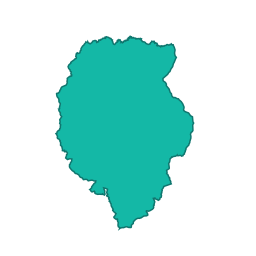 the district of Retiro, Antioquia, Colombia, rotated 161°
{"feature_id": "7082276B46774973153529", "entity_name": "Retiro", "entity_type": "district", "adm_level": 2, "iso_a3": "COL", "parent_name": "Colombia", "parent_adm1": "Antioquia", "projection": "orthographic", "projection_center": [-75.514, 6.06], "detail": "fine", "context": "isolated", "style": "filled", "palette": "teal", "viewbox_px": 256, "rotation_deg": 161, "n_neighbors": 0, "source": "geoboundaries", "source_scale": "gbopen_adm2", "svg_char_len": 5830}
<svg xmlns="http://www.w3.org/2000/svg" viewBox="0 0 256 256"><g transform="rotate(161 128 128)"><path d="M87.3,208.8L88.0,208.3L89.2,209.3L90.4,209.3L90.8,209.8L91.5,209.6L92.0,210.8L93.2,211.1L93.5,211.8L95.0,211.7L95.3,212.1L95.0,213.1L95.6,213.3L96.1,214.0L96.8,213.6L97.0,212.4L97.6,212.3L98.1,213.2L98.8,212.8L99.0,212.1L99.7,212.1L99.7,211.8L99.2,211.2L99.4,211.0L100.8,211.4L101.7,211.0L101.8,211.7L102.1,211.8L103.5,211.2L104.0,211.4L104.5,210.6L104.8,210.8L105.6,210.4L106.1,211.2L106.7,211.2L106.1,211.8L107.0,212.8L106.8,213.9L107.5,214.0L107.8,214.5L108.6,213.9L108.9,214.4L109.6,214.2L109.8,213.9L109.3,213.3L109.5,213.0L110.5,212.6L111.0,212.8L113.4,211.3L114.4,212.1L114.5,214.3L114.3,215.0L114.6,215.7L114.2,216.3L114.6,216.4L115.0,218.2L115.3,218.5L115.9,218.5L116.7,219.8L117.7,220.6L118.5,220.9L118.7,221.3L120.1,221.3L119.9,220.6L120.1,220.1L121.1,220.6L121.7,220.6L122.3,221.1L123.5,220.5L124.8,220.6L125.3,219.9L126.7,220.7L127.3,220.4L127.7,219.2L129.5,219.1L129.3,219.6L129.7,219.7L129.7,220.8L130.6,221.5L133.0,221.6L134.3,220.5L136.5,219.9L137.0,220.8L137.9,221.3L138.0,222.7L138.3,222.3L138.6,222.4L139.5,222.6L139.8,223.0L140.0,222.6L142.3,221.3L142.8,220.7L144.2,220.3L146.2,218.7L146.8,218.0L146.9,217.0L147.9,216.6L149.0,214.8L149.9,214.6L151.0,214.9L151.4,215.6L152.5,215.3L152.4,214.7L153.2,214.3L153.3,213.8L154.1,212.7L153.8,211.6L154.2,210.8L154.9,210.5L155.7,210.6L156.7,210.0L160.3,208.9L160.8,208.6L160.8,208.0L163.4,206.9L164.4,205.8L164.7,205.5L164.7,203.5L163.9,202.0L164.1,200.6L163.4,199.5L164.4,197.8L163.9,196.7L164.3,195.6L165.2,195.5L165.6,195.9L165.8,195.6L167.3,195.5L169.3,194.7L169.5,193.7L170.5,191.9L170.4,191.5L171.0,190.1L172.5,188.7L177.0,188.4L178.3,187.6L179.3,186.2L180.0,185.9L181.1,184.4L182.7,183.6L183.7,184.0L184.4,183.7L184.8,181.3L184.7,180.2L184.0,178.5L184.2,176.6L184.6,176.0L184.6,174.3L184.1,173.6L184.1,172.9L186.2,169.6L186.2,168.9L186.6,168.5L187.4,168.5L187.2,167.9L187.7,166.9L187.0,164.2L187.6,163.3L187.6,161.9L187.0,160.3L189.8,158.1L190.2,155.8L191.1,154.6L190.6,152.8L191.1,152.4L192.0,150.0L192.8,149.5L193.5,148.4L194.7,148.3L196.2,147.5L197.1,146.0L197.5,146.2L197.9,146.2L197.3,143.3L198.0,142.0L198.0,141.0L197.1,140.3L196.3,138.1L196.7,137.4L196.4,136.2L197.4,133.7L196.6,132.1L197.0,128.7L197.4,128.0L196.8,127.6L195.5,127.6L195.8,126.9L195.7,126.2L195.2,126.0L194.9,126.4L194.2,126.3L193.4,124.2L194.0,123.0L194.3,122.8L194.7,122.9L195.0,122.1L196.7,120.0L195.5,117.9L193.2,117.9L191.2,117.0L192.1,115.0L193.9,113.6L194.5,112.6L195.2,112.4L196.0,110.3L195.7,108.6L194.7,106.1L194.4,105.5L193.3,104.5L193.1,103.2L192.5,102.1L191.4,101.5L189.8,99.7L189.4,97.5L188.8,96.7L187.5,95.7L187.0,93.7L184.5,93.2L183.4,92.5L182.8,91.0L179.6,90.6L178.5,90.1L177.2,88.9L175.7,88.5L176.4,87.1L178.2,86.5L181.5,84.2L181.9,83.2L184.2,82.2L183.8,81.8L183.5,80.1L183.1,79.5L182.5,79.2L180.4,79.2L180.2,78.5L180.5,77.1L180.0,76.4L178.2,75.1L176.8,74.8L173.9,73.6L173.5,74.0L172.2,72.3L171.2,73.0L171.1,74.8L170.4,75.9L170.7,77.8L170.3,78.3L170.4,79.2L168.3,77.8L167.3,76.7L169.2,73.8L169.2,73.4L168.8,72.3L168.8,71.7L169.8,71.4L170.2,70.9L169.9,70.1L169.3,70.0L168.6,68.2L169.3,67.5L169.0,65.6L169.6,64.8L169.0,64.3L169.1,63.0L168.7,62.0L169.2,59.8L168.5,55.9L169.2,55.4L169.3,55.1L168.9,54.7L169.0,54.3L168.5,53.1L167.8,52.3L167.7,51.4L167.2,51.0L168.9,49.3L170.4,48.4L170.3,47.5L169.4,46.1L169.0,45.6L167.8,45.5L167.6,45.1L168.2,43.8L168.0,41.8L169.1,39.4L169.3,37.8L168.1,36.3L168.7,35.6L167.8,35.9L166.0,35.7L164.5,35.2L162.1,35.3L160.7,34.7L160.4,34.2L159.6,33.7L159.0,33.7L158.6,33.2L157.4,33.0L156.6,34.3L156.5,35.0L155.2,35.7L154.2,35.9L153.4,37.6L152.9,38.0L152.0,38.2L151.3,38.8L149.4,39.4L147.9,39.4L146.3,38.8L145.0,39.0L144.9,38.8L141.7,39.6L138.8,38.9L138.5,39.2L137.7,39.2L137.5,39.6L137.4,41.3L137.8,42.2L137.8,43.5L137.4,43.7L135.8,42.7L134.6,42.6L131.4,43.2L130.1,43.9L129.6,44.5L129.5,45.2L128.9,46.6L128.3,46.6L128.2,47.4L126.7,49.5L126.9,52.3L126.7,52.3L126.9,53.2L125.3,53.0L125.1,52.1L124.5,51.3L123.5,50.9L123.0,49.8L121.3,50.1L120.7,51.3L119.1,51.8L118.3,53.3L118.5,54.2L118.0,54.6L117.8,55.5L117.1,55.7L117.0,56.5L116.0,57.7L116.0,58.6L113.8,60.2L113.3,61.1L105.3,61.1L105.4,62.8L105.0,63.4L105.1,64.6L105.5,65.4L105.1,66.2L105.3,66.7L104.9,67.1L104.9,67.7L105.4,68.3L105.5,71.1L106.3,72.3L105.5,73.3L105.3,75.4L102.3,76.2L101.9,77.1L101.1,81.2L99.7,82.4L98.1,85.3L97.1,85.6L96.0,86.4L95.6,86.0L94.5,86.3L92.3,85.9L90.7,86.1L90.3,86.4L90.3,85.9L89.9,85.5L87.8,85.2L87.0,84.9L86.6,84.0L85.1,83.9L84.2,84.9L83.2,85.0L82.8,85.9L81.5,87.1L81.1,88.1L80.3,88.6L80.2,89.4L79.1,90.5L75.9,92.2L75.6,93.0L74.4,94.0L74.0,95.0L71.9,97.9L71.2,99.8L71.0,101.7L69.8,103.2L68.3,103.7L67.4,104.6L65.8,109.9L64.3,111.3L64.6,112.7L63.4,117.6L64.9,119.3L65.8,122.5L68.6,124.8L69.6,126.4L69.5,127.2L68.4,129.0L68.2,129.8L68.4,133.1L69.1,135.6L70.4,137.8L70.8,139.2L71.7,139.5L73.7,141.6L75.0,141.8L75.9,143.3L76.1,144.5L75.8,146.3L76.5,147.9L76.5,151.6L78.0,155.5L77.4,157.1L77.7,157.9L77.7,158.8L79.0,160.5L79.4,161.4L78.8,163.5L73.1,165.8L71.3,167.3L70.0,167.7L68.3,169.7L65.8,171.5L64.1,174.1L62.9,175.1L60.6,177.8L59.3,179.0L60.0,181.1L59.6,183.7L58.1,186.5L58.0,189.2L58.3,191.4L58.2,191.8L58.6,191.8L58.6,192.1L59.4,192.5L59.6,193.3L60.0,193.0L60.7,193.4L61.1,193.0L62.7,193.2L63.3,193.9L64.2,194.2L65.1,193.7L66.3,194.0L67.3,193.6L67.8,194.1L68.7,193.9L68.9,194.4L69.6,194.3L69.8,194.9L70.5,194.9L70.7,194.5L70.8,194.8L71.5,195.0L72.1,196.0L73.6,196.1L73.9,196.5L73.1,197.0L73.0,197.6L73.2,197.8L73.0,198.5L73.7,198.9L74.0,199.5L75.1,199.4L75.0,200.4L75.3,200.5L75.0,201.4L75.2,201.6L75.9,201.4L77.3,202.3L77.8,201.6L78.9,201.3L79.7,200.3L80.2,200.2L80.5,200.5L81.1,200.3L81.8,200.5L83.6,202.2L83.8,203.2L84.5,204.0L86.3,205.0L86.4,206.0L86.9,206.5L87.0,206.9L86.2,207.9L87.3,208.8Z" fill="#14b8a6" stroke="#0f766e" stroke-width="1.5"/></g></svg>